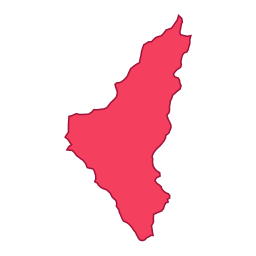 outline of Uchoa, São Paulo, Brazil
{"feature_id": "56859067B91289400241148", "entity_name": "Uchoa", "entity_type": "district", "adm_level": 2, "iso_a3": "BRA", "parent_name": "Brazil", "parent_adm1": "São Paulo", "projection": "albers", "projection_center": [-49.149, -20.932], "detail": "fine", "context": "isolated", "style": "filled", "palette": "rose", "viewbox_px": 256, "rotation_deg": 0, "n_neighbors": 0, "source": "geoboundaries", "source_scale": "gbopen_adm2", "svg_char_len": 2386}
<svg xmlns="http://www.w3.org/2000/svg" viewBox="0 0 256 256"><path d="M168.2,202.1L167.4,199.3L169.6,198.1L169.7,195.4L168.2,193.7L165.8,192.8L163.4,190.9L161.7,188.7L161.1,186.5L159.0,184.8L157.0,183.5L154.9,180.6L156.3,177.9L160.1,176.1L159.7,172.7L156.3,170.6L154.3,168.1L153.1,165.9L152.5,162.5L152.7,159.4L152.1,156.2L153.5,152.9L155.8,149.8L158.1,147.5L159.8,146.0L161.3,144.3L162.7,142.5L164.2,140.5L165.5,137.9L165.8,135.4L168.7,133.2L170.0,130.2L171.0,127.7L170.9,125.0L169.4,121.7L168.2,119.3L166.8,115.0L168.9,112.9L169.5,110.6L169.5,106.4L170.0,103.7L170.5,100.6L171.8,98.1L172.6,95.2L175.0,93.2L177.4,91.0L180.1,89.0L181.1,85.8L179.8,82.9L179.6,80.5L178.3,78.1L174.7,76.8L173.3,74.2L175.1,71.7L177.2,69.5L179.3,68.3L180.8,66.9L181.3,64.7L180.9,61.7L181.6,58.0L182.4,55.2L184.1,52.9L186.7,52.1L188.2,49.6L188.7,47.2L189.8,44.0L189.9,39.1L190.9,35.6L187.5,36.3L182.9,35.4L180.4,34.5L179.8,31.7L180.6,28.8L181.0,26.2L181.4,23.9L182.4,22.0L181.7,18.4L178.6,15.4L177.8,18.3L177.0,20.5L175.2,22.9L173.5,25.6L171.3,28.3L169.2,29.0L166.1,30.0L164.3,32.5L162.5,34.6L160.9,36.0L158.1,36.6L155.5,37.7L153.2,40.0L151.5,41.7L148.6,41.8L146.3,43.3L143.7,44.9L142.5,48.5L141.5,51.8L141.0,55.3L140.1,59.1L139.5,62.7L136.4,64.3L133.5,66.4L130.6,68.8L129.0,72.2L127.2,76.5L123.9,80.0L121.5,81.8L119.5,82.6L117.0,82.8L115.0,84.3L115.9,87.8L117.3,91.4L117.1,94.4L116.3,97.1L114.0,99.6L110.9,102.5L107.0,107.5L104.3,108.9L100.5,109.3L96.8,109.8L93.9,109.6L92.1,111.8L88.8,114.1L84.6,114.4L79.6,114.5L76.2,113.7L74.1,114.6L72.0,115.7L69.0,116.3L68.5,123.2L68.4,130.1L68.4,132.4L66.7,134.6L65.1,137.2L67.5,139.0L68.9,140.8L70.2,142.9L71.6,144.7L69.0,146.4L66.8,149.9L72.3,150.5L74.7,152.9L76.6,155.7L79.6,157.8L81.3,159.2L83.2,160.4L85.6,163.4L87.2,167.6L93.2,169.0L94.5,171.4L95.1,173.6L95.7,175.9L95.8,179.1L94.7,181.7L97.3,183.1L98.4,185.1L100.6,187.2L102.9,188.5L105.0,189.2L106.9,190.0L110.4,193.3L112.0,196.8L113.9,198.8L115.8,200.4L116.7,202.7L116.4,206.2L119.0,210.1L119.3,212.3L120.5,214.6L121.8,218.0L123.5,221.1L126.7,222.5L129.2,224.3L132.1,227.6L133.6,230.1L135.2,231.9L137.0,235.4L138.6,238.5L140.3,240.2L142.7,240.6L144.7,239.9L146.7,237.8L149.1,236.6L150.9,235.4L153.1,235.5L152.6,232.8L152.1,229.6L151.5,225.8L153.5,222.0L153.4,218.5L153.6,214.4L157.5,212.6L161.7,210.9L163.5,208.6L164.4,205.4L165.8,202.9L168.2,202.1Z" fill="#f43f5e" stroke="#9f1239" stroke-width="1.5"/></svg>